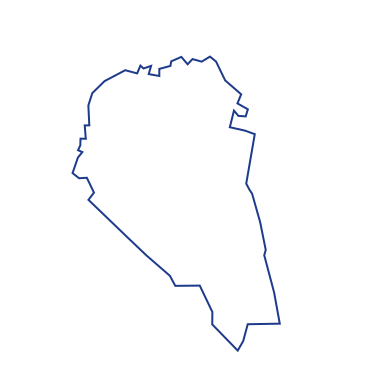 the district of Clarendon, South Carolina, United States of America, rotated 110°
{"feature_id": "52423323B77456184843444", "entity_name": "Clarendon", "entity_type": "district", "adm_level": 2, "iso_a3": "USA", "parent_name": "United States of America", "parent_adm1": "South Carolina", "projection": "natural_earth1", "projection_center": [-80.271, 33.688], "detail": "fine", "context": "isolated", "style": "outline", "palette": "blue", "viewbox_px": 384, "rotation_deg": 110, "n_neighbors": 0, "source": "geoboundaries", "source_scale": "gbopen_adm2", "svg_char_len": 873}
<svg xmlns="http://www.w3.org/2000/svg" viewBox="0 0 384 384"><g transform="rotate(110 192 192)"><path d="M285.7,64.5L258.3,80.5L226.7,102.5L221.2,102.9L197.1,117.6L173.1,134.9L170.1,138.9L165.6,143.9L116.2,152.8L116.2,163.1L118.2,178.6L101.2,180.4L104.6,174.4L102.6,167.4L95.2,167.8L93.2,179.6L83.4,179.2L75.8,199.0L61.2,214.0L58.6,221.4L66.2,227.5L66.9,237.0L73.5,239.8L68.7,248.2L76.3,256.2L80.9,255.4L87.5,264.8L94.2,262.4L96.0,273.0L87.5,273.6L92.5,279.8L90.9,283.7L99.3,284.1L100.4,296.4L117.7,312.1L133.2,319.5L146.1,319.0L164.5,311.3L166.1,315.6L178.3,310.0L180.0,315.0L186.4,312.9L191.7,313.4L192.0,308.7L198.7,311.0L215.1,310.7L217.7,302.8L214.6,295.7L226.1,283.9L234.8,286.6L257.5,235.3L267.2,213.1L278.3,184.1L285.9,175.6L277.3,152.7L297.8,131.8L309.5,127.7L325.4,94.8L314.6,92.9L297.2,94.4L285.7,64.5Z" fill="none" stroke="#1e3a8a" stroke-width="2"/></g></svg>